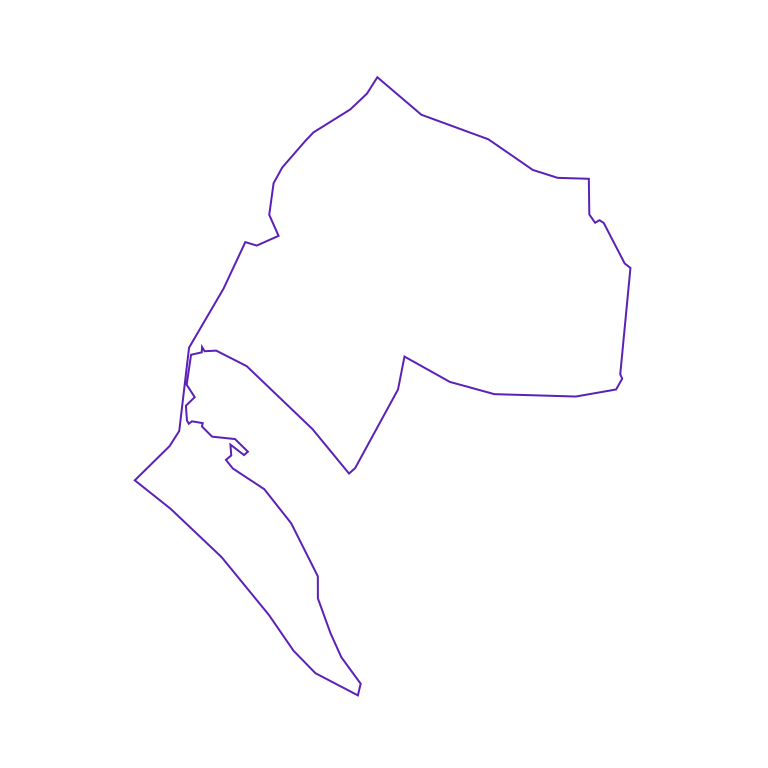 outline of Donaghmede Lea-5, Dublin, Ireland, rotated 82°
{"feature_id": "5873133B22285144111595", "entity_name": "Donaghmede Lea-5", "entity_type": "district", "adm_level": 2, "iso_a3": "IRL", "parent_name": "Ireland", "parent_adm1": "Dublin", "projection": "orthographic", "projection_center": [-6.157, 53.388], "detail": "fine", "context": "isolated", "style": "outline", "palette": "violet", "viewbox_px": 768, "rotation_deg": 82, "n_neighbors": 0, "source": "geoboundaries", "source_scale": "gbopen_adm2", "svg_char_len": 1051}
<svg xmlns="http://www.w3.org/2000/svg" viewBox="0 0 768 768"><g transform="rotate(82 384 384)"><path d="M132.5,428.3L155.4,454.6L169.8,465.4L200.5,474.1L222.6,467.8L229.2,490.7L224.2,501.6L267.2,529.6L320.9,572.0L402.0,593.3L415.6,604.9L444.7,644.2L478.0,612.6L532.9,568.9L596.9,530.0L635.6,510.7L660.9,492.1L688.7,453.2L677.6,448.8L648.6,464.3L623.2,471.7L587.1,479.3L565.2,476.3L509.0,495.3L471.5,517.2L446.6,545.5L437.1,551.1L433.5,545.2L422.7,544.5L434.9,532.5L432.1,528.2L417.8,539.2L412.2,561.6L400.7,570.2L397.5,569.0L394.2,579.4L396.2,582.8L392.7,584.2L377.9,583.2L370.7,573.3L357.2,579.5L328.2,571.0L327.3,560.1L322.1,559.0L326.6,557.1L327.6,545.5L347.3,517.4L418.7,461.1L467.8,431.1L463.3,424.3L391.4,370.9L359.7,359.9L391.1,318.5L409.4,276.2L423.1,195.8L421.7,154.9L411.9,147.4L407.2,148.7L303.4,123.8L298.1,128.9L255.1,144.0L251.8,147.8L253.7,152.5L244.7,157.1L209.3,152.6L204.0,183.4L192.8,206.8L156.2,246.6L122.6,309.5L79.3,347.9L94.1,360.5L107.4,379.2L125.0,418.8L132.5,428.3Z" fill="none" stroke="#5b21b6" stroke-width="2"/></g></svg>